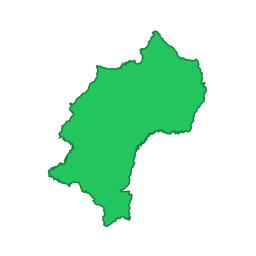 Otanche, Boyacá, Colombia, rotated 12°
{"feature_id": "7082276B30571260064971", "entity_name": "Otanche", "entity_type": "district", "adm_level": 2, "iso_a3": "COL", "parent_name": "Colombia", "parent_adm1": "Boyacá", "projection": "mercator", "projection_center": [-74.209, 5.744], "detail": "fine", "context": "isolated", "style": "filled", "palette": "green", "viewbox_px": 256, "rotation_deg": 12, "n_neighbors": 0, "source": "geoboundaries", "source_scale": "gbopen_adm2", "svg_char_len": 5859}
<svg xmlns="http://www.w3.org/2000/svg" viewBox="0 0 256 256"><g transform="rotate(12 128 128)"><path d="M148.9,217.0L148.7,215.1L148.2,214.2L147.7,214.1L147.2,212.9L147.4,211.1L146.4,210.4L146.0,209.4L146.0,207.5L146.6,206.5L146.2,205.1L145.3,204.6L145.0,203.9L145.4,201.4L145.1,200.5L146.1,195.9L145.6,192.5L145.0,192.1L143.5,193.0L142.8,192.8L142.6,189.6L136.8,191.3L135.5,191.4L133.6,190.6L136.8,188.7L137.8,186.3L139.0,185.6L139.7,184.5L140.6,181.7L140.4,177.9L138.9,176.0L140.4,173.3L140.0,172.2L140.4,171.2L139.7,167.9L139.7,166.4L140.1,165.5L140.8,165.2L141.4,164.2L140.8,162.6L141.9,161.6L141.8,160.9L140.3,159.5L139.9,158.1L140.8,155.8L140.2,154.5L140.5,154.4L140.7,152.7L140.1,151.5L140.5,150.6L140.1,149.6L141.0,149.0L140.9,147.7L140.6,146.9L141.3,147.3L141.7,146.5L142.7,146.3L142.7,145.8L142.0,145.3L142.9,144.7L142.3,144.2L141.4,144.4L141.5,143.9L140.9,143.7L141.7,143.0L142.1,143.1L142.3,142.2L142.9,142.0L143.8,142.4L143.6,141.9L144.1,141.8L144.0,141.3L143.6,141.2L143.6,140.3L144.0,139.9L144.3,140.3L144.2,139.4L145.1,139.7L145.2,140.3L146.3,139.8L145.8,138.8L147.3,138.6L147.2,137.4L147.6,136.8L146.8,135.9L147.2,135.5L148.3,135.5L148.1,135.0L148.3,134.2L148.9,134.1L148.6,132.7L149.4,132.0L149.4,131.5L150.6,131.4L150.6,131.0L149.5,130.2L150.7,128.4L151.2,128.4L151.0,129.2L152.0,129.2L152.2,128.6L152.9,128.9L153.5,128.4L153.6,128.0L154.5,127.7L154.6,126.7L155.3,126.3L155.3,125.4L156.3,125.3L157.4,124.5L158.6,124.7L158.7,125.2L159.1,124.6L159.0,123.6L160.2,123.6L160.7,123.1L161.0,123.2L161.1,123.9L162.1,123.4L162.4,124.4L162.8,123.8L163.7,123.7L164.3,124.9L164.8,124.4L165.3,124.8L167.1,125.0L167.6,124.8L168.0,125.3L168.6,124.9L170.1,125.2L171.2,124.4L171.9,122.5L173.8,122.3L174.2,121.3L175.4,123.4L175.9,123.6L176.4,122.5L177.5,122.9L177.6,121.7L178.8,122.9L179.0,121.3L181.1,121.1L181.2,120.2L181.7,120.8L182.5,120.2L183.2,120.9L184.7,119.1L186.6,119.0L187.3,119.3L188.6,118.6L189.5,117.0L189.8,115.2L189.5,113.3L188.7,112.3L188.6,111.6L190.7,107.1L190.6,106.5L189.4,105.0L190.2,103.2L189.9,99.9L191.6,97.3L191.8,94.3L193.6,92.3L194.2,89.6L195.2,88.0L196.4,86.8L196.8,85.6L196.6,83.4L195.3,80.1L196.6,76.0L196.7,74.6L196.4,73.6L195.1,71.7L193.7,72.1L192.9,71.7L193.8,68.0L192.9,68.0L191.6,69.4L190.7,69.3L190.3,67.2L190.6,64.4L189.8,63.2L189.2,61.4L189.2,59.1L187.6,58.3L187.0,57.5L186.8,55.9L186.0,54.8L183.9,53.5L183.7,53.1L184.1,50.9L182.3,48.0L181.5,47.8L180.9,46.8L180.1,46.9L178.9,48.3L176.4,48.8L170.7,48.9L169.9,49.4L168.7,48.5L167.2,48.2L164.2,48.6L162.1,47.3L161.0,46.2L159.8,43.5L158.3,42.9L155.6,40.2L154.5,39.6L151.8,39.3L148.4,37.6L146.1,35.9L144.5,35.4L143.1,33.4L140.6,32.4L139.8,30.0L138.4,29.4L136.0,27.5L135.4,27.9L133.5,28.0L132.3,29.8L132.4,30.3L133.0,29.9L134.4,30.9L134.5,31.3L133.7,31.9L133.7,33.5L133.5,33.8L133.1,33.2L132.7,33.3L132.5,34.5L131.9,34.9L132.1,36.8L130.2,39.8L130.8,41.4L130.4,42.4L130.5,43.6L128.1,46.8L126.6,47.6L125.5,47.4L124.2,48.2L124.9,49.0L123.9,49.5L124.7,50.1L124.8,52.3L127.1,53.8L127.7,55.3L127.7,59.1L127.2,60.8L125.9,62.5L124.2,63.3L122.3,63.4L121.4,62.5L120.5,60.5L119.9,60.6L119.3,61.9L115.4,61.9L115.2,62.6L115.5,63.2L114.6,63.0L114.4,64.1L113.9,64.4L112.9,63.9L112.5,64.7L111.6,64.9L111.7,65.5L113.0,66.3L112.7,66.8L111.4,66.2L110.5,66.4L109.5,66.1L110.0,67.1L109.1,67.4L109.1,68.6L108.5,68.6L108.3,69.0L108.3,69.9L108.9,70.8L106.3,71.1L105.2,72.8L104.0,72.6L101.1,73.5L99.9,73.3L97.8,74.2L95.6,74.3L94.4,74.0L92.9,74.2L90.0,74.0L88.7,73.4L86.3,73.9L84.7,73.5L84.5,74.4L86.4,77.3L86.8,78.9L86.2,81.3L87.3,84.0L87.0,85.0L86.5,85.8L85.5,89.5L81.8,92.3L81.0,99.1L80.0,100.1L79.5,102.0L78.4,102.9L77.2,103.3L76.5,103.9L74.2,107.8L72.2,109.6L71.4,111.7L71.1,114.0L69.9,115.2L69.4,116.4L68.8,116.6L67.3,115.8L66.2,115.9L66.2,116.7L67.4,117.1L68.0,118.6L67.0,120.3L66.9,121.7L68.5,123.3L69.7,123.4L70.1,124.4L71.1,124.4L71.2,125.2L72.1,126.5L72.0,127.1L70.8,128.0L69.6,130.2L69.4,133.3L67.1,134.0L66.0,135.4L65.9,136.9L65.4,137.9L63.1,139.7L63.2,140.2L64.2,141.1L63.4,142.0L63.8,144.7L61.9,147.6L62.0,148.9L63.6,149.8L63.2,151.7L64.6,150.5L66.4,150.6L67.4,151.5L66.7,152.4L68.2,152.5L68.6,153.6L70.9,153.3L72.5,154.0L73.8,153.7L74.0,154.7L75.1,154.8L75.4,155.9L76.2,155.1L76.8,155.0L77.1,155.3L76.8,156.0L78.1,156.7L77.3,157.6L77.3,158.4L78.8,159.2L78.0,159.3L77.9,160.2L77.4,160.3L77.5,161.5L76.1,161.9L75.8,162.3L75.9,162.8L77.0,163.6L75.5,164.3L75.7,165.7L74.7,166.3L74.1,167.1L74.8,169.6L74.4,169.7L73.7,169.2L73.4,169.5L73.2,170.7L74.2,170.9L74.4,171.3L74.1,173.0L73.0,172.2L72.6,172.5L72.9,173.4L73.9,174.0L73.2,175.5L73.3,176.3L72.0,177.3L71.0,176.2L70.2,176.8L68.9,176.3L68.3,177.3L69.1,178.1L68.5,178.2L67.2,179.4L66.2,180.9L65.3,181.1L64.8,181.5L64.0,181.2L63.7,182.0L64.3,183.2L64.1,183.4L62.8,183.7L62.3,182.7L61.9,182.7L61.1,183.5L61.6,185.1L59.8,185.5L59.2,186.6L59.8,188.5L60.7,188.8L60.5,189.5L60.8,189.8L60.5,190.4L60.7,191.5L63.1,191.9L63.2,191.1L64.6,191.5L65.7,192.2L66.2,193.8L66.7,193.2L67.7,193.0L69.6,193.7L69.5,192.9L70.0,192.7L70.8,193.3L70.8,194.2L71.2,194.2L71.4,194.9L72.3,194.9L72.1,194.5L72.6,194.2L75.0,195.5L75.7,195.1L76.8,195.7L77.5,195.2L79.7,195.5L82.5,196.5L82.5,197.1L82.9,197.3L83.6,193.7L84.5,193.5L86.0,192.1L89.5,191.7L90.5,191.4L92.9,193.6L96.3,199.4L98.4,199.5L98.4,200.0L99.9,199.4L100.3,198.5L101.0,199.7L103.5,200.1L104.9,201.0L105.7,201.9L106.9,202.1L107.7,203.4L110.2,203.9L110.2,205.2L109.0,206.6L110.4,207.3L111.8,209.0L113.9,209.4L116.7,209.0L118.5,210.1L120.3,210.1L121.3,211.4L121.1,213.4L122.6,215.5L123.2,217.3L123.1,218.7L122.0,220.1L122.7,223.2L124.5,225.2L124.4,227.2L125.0,228.0L126.0,228.4L128.2,228.5L128.6,227.5L129.7,226.8L131.8,224.7L133.3,222.4L134.9,221.8L136.4,218.1L138.7,218.3L139.4,217.5L139.6,216.6L141.4,215.7L143.1,216.1L143.6,216.8L144.4,217.1L145.1,216.8L145.6,217.4L146.6,217.4L146.5,216.6L147.2,215.9L147.6,216.3L148.0,217.6L148.9,217.0Z" fill="#22c55e" stroke="#15803d" stroke-width="1.5"/></g></svg>